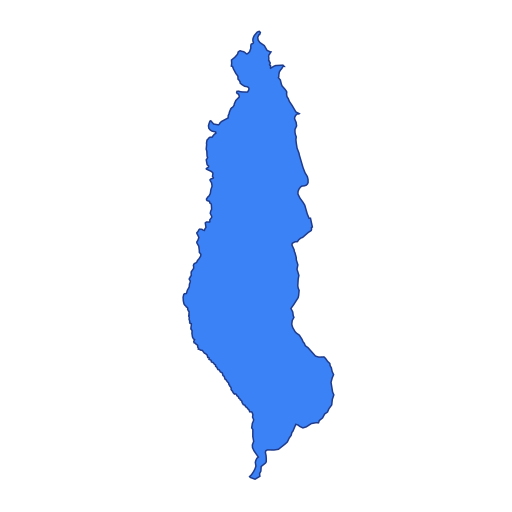 Mjanyane, Quthing, Lesotho (Mercator projection), rotated 55°
{"feature_id": "5366337B93918121901392", "entity_name": "Mjanyane", "entity_type": "district", "adm_level": 2, "iso_a3": "LSO", "parent_name": "Lesotho", "parent_adm1": "Quthing", "projection": "mercator", "projection_center": [27.716, -30.528], "detail": "fine", "context": "isolated", "style": "filled", "palette": "blue", "viewbox_px": 512, "rotation_deg": 55, "n_neighbors": 0, "source": "geoboundaries", "source_scale": "gbopen_adm2", "svg_char_len": 6120}
<svg xmlns="http://www.w3.org/2000/svg" viewBox="0 0 512 512"><g transform="rotate(55 256 256)"><path d="M97.4,126.7L97.0,127.2L93.9,129.0L88.4,128.5L83.3,130.4L80.4,130.4L77.9,129.2L76.4,126.7L76.7,126.0L75.4,124.2L73.9,124.4L73.5,125.4L73.3,126.7L74.4,130.9L75.4,132.7L76.5,134.1L78.2,135.3L79.4,135.4L80.1,136.4L80.1,137.0L79.7,138.2L80.2,139.1L81.5,140.2L82.8,141.0L85.0,144.1L85.4,146.5L85.3,147.4L84.9,147.9L82.4,148.5L81.0,149.4L80.2,150.3L79.0,151.0L78.6,151.9L78.7,153.7L79.8,154.9L80.2,155.8L81.1,159.5L81.4,163.7L84.2,165.4L86.3,167.3L87.2,166.5L89.8,167.2L95.0,167.8L98.3,167.7L100.9,169.3L102.4,169.0L104.3,169.2L105.2,169.8L107.3,169.3L110.4,168.0L112.4,166.0L113.9,165.5L115.1,165.9L115.8,166.7L116.8,168.7L116.7,169.2L113.7,173.2L112.2,174.8L111.0,175.7L110.2,177.2L111.1,178.2L112.2,178.2L113.3,177.5L115.1,177.9L116.1,178.5L117.0,183.3L119.0,186.6L120.0,187.5L120.8,190.0L120.6,190.9L121.0,192.4L121.4,192.6L121.6,193.3L122.9,195.3L124.0,196.4L125.0,198.2L126.9,199.6L126.0,207.2L126.4,209.4L126.7,209.7L127.0,210.7L127.0,211.6L123.6,215.0L119.3,215.5L119.1,216.4L120.9,218.9L122.1,220.3L124.4,221.4L126.6,221.2L128.5,220.4L131.2,217.9L132.4,218.4L132.4,220.6L132.8,221.5L132.8,222.1L133.4,223.2L133.5,224.1L132.9,224.5L132.2,226.0L132.4,227.6L132.8,228.4L132.9,229.6L135.1,231.8L136.4,232.5L139.9,235.5L142.0,236.2L146.1,238.8L147.5,239.1L148.3,240.3L148.5,241.4L148.9,241.7L153.2,243.7L155.0,243.2L155.8,243.7L156.0,244.5L155.8,245.6L156.0,246.7L156.4,246.8L160.9,244.2L162.7,243.7L163.5,243.9L164.1,244.3L165.8,246.0L167.3,245.9L167.6,246.2L167.7,246.7L167.0,248.7L167.2,250.0L168.0,250.3L170.5,250.4L173.6,251.9L175.7,254.8L178.7,257.7L179.9,260.1L180.0,261.5L180.9,263.9L181.7,264.3L182.5,264.3L184.5,262.8L186.2,263.4L187.1,262.9L188.3,263.1L192.2,265.5L193.3,267.4L194.8,269.0L198.0,269.5L199.0,270.2L199.9,273.1L201.3,274.0L201.6,274.5L199.7,277.1L199.8,278.6L203.9,280.6L204.5,282.3L205.5,283.6L204.6,284.4L203.1,285.0L201.6,286.9L201.8,287.8L202.8,289.7L202.9,291.0L203.6,291.5L205.6,291.7L208.1,292.2L209.9,294.8L210.4,296.2L211.2,296.9L215.2,297.3L219.2,299.4L220.4,300.3L223.0,300.2L224.3,301.3L225.6,304.3L226.1,306.5L227.0,307.9L227.2,309.2L226.9,310.2L227.0,311.6L227.9,312.8L229.2,313.3L230.4,314.3L231.8,318.1L232.6,318.8L235.0,320.3L235.1,321.5L235.9,322.2L236.0,323.2L236.6,324.0L238.8,324.1L240.0,325.3L240.8,326.6L243.1,328.5L244.7,331.9L246.7,334.4L246.7,334.9L245.9,336.1L246.0,337.2L248.0,339.4L251.1,341.3L254.0,342.5L255.6,342.5L256.7,342.2L257.8,342.3L258.9,341.7L259.7,341.9L260.3,342.5L262.3,342.9L262.6,342.7L263.5,342.9L265.4,344.5L266.1,344.6L266.2,345.2L266.6,345.6L267.9,345.8L269.6,347.2L271.4,347.6L272.0,348.3L272.7,348.3L273.3,348.7L274.0,348.0L274.4,347.8L276.2,349.2L277.1,350.2L277.9,350.5L278.3,351.2L280.2,351.1L281.5,351.9L282.5,352.8L285.9,354.5L288.0,354.8L289.2,354.2L290.3,356.0L291.6,356.5L292.9,355.6L294.1,355.7L295.4,355.0L296.1,355.2L297.1,356.0L298.4,356.0L299.2,356.7L299.9,356.0L301.3,355.4L302.6,354.1L306.0,354.0L307.1,353.2L308.0,353.2L309.0,352.8L311.5,353.7L312.1,353.0L312.9,352.9L313.7,353.8L315.4,352.7L316.2,352.7L317.0,353.3L318.1,352.8L318.8,352.1L320.8,352.2L321.9,351.6L323.3,352.4L324.4,351.9L327.0,352.3L327.4,352.2L328.2,351.4L330.5,351.7L332.2,350.7L333.9,351.1L334.3,351.5L335.2,351.6L336.3,351.1L339.0,352.0L339.5,351.9L339.9,351.5L342.3,351.6L344.3,351.3L345.9,352.0L346.5,351.7L347.2,352.1L349.2,351.9L350.3,352.3L351.1,353.0L352.3,353.0L352.7,352.8L355.0,353.1L356.7,352.9L356.7,352.3L358.1,351.4L359.5,351.8L360.9,351.2L362.7,351.6L363.5,351.1L364.9,351.4L365.6,351.0L366.9,350.9L368.1,351.5L369.5,351.5L370.3,351.7L372.1,350.6L373.4,351.0L375.0,350.3L376.4,350.4L377.8,350.0L380.1,350.5L381.2,349.0L381.9,348.9L384.3,349.6L385.9,351.2L388.7,351.8L389.7,352.8L391.0,355.0L394.3,358.1L396.3,358.1L402.1,362.2L406.5,364.2L408.7,367.4L411.0,368.8L414.5,369.4L422.1,369.4L422.2,371.3L423.3,373.3L424.6,374.9L428.1,376.6L429.9,379.1L431.3,381.8L432.6,385.2L433.0,387.8L434.1,387.7L438.3,384.8L438.7,379.2L436.3,377.9L435.0,375.4L431.4,372.5L431.0,366.8L430.4,365.6L427.9,363.8L425.2,362.2L422.3,361.0L421.1,359.6L421.4,357.8L425.2,352.6L427.2,348.5L426.7,339.8L426.3,337.0L424.1,333.1L423.1,330.1L421.1,327.8L420.7,326.3L416.7,319.9L418.6,318.5L420.7,317.9L423.7,316.2L424.8,312.8L425.0,306.8L427.0,302.4L428.5,300.5L427.1,298.5L426.8,294.3L424.8,290.4L424.8,286.9L422.9,283.8L421.4,279.4L417.2,275.7L414.4,271.9L411.4,271.3L402.5,267.0L399.5,263.4L397.7,260.5L394.3,259.9L390.8,258.4L388.4,258.2L386.4,257.2L383.4,257.8L379.7,257.8L377.7,258.2L374.9,262.5L372.1,264.7L360.9,266.0L357.8,267.1L355.2,266.5L353.5,266.7L350.6,266.1L345.7,265.9L342.4,267.1L340.3,267.4L335.8,267.0L333.2,266.2L332.1,265.6L329.6,263.3L328.0,260.1L326.4,259.8L322.9,258.0L319.0,257.5L317.4,252.9L314.3,245.4L312.9,243.8L308.9,240.4L306.6,239.9L304.4,238.9L299.0,234.6L296.5,232.0L290.3,230.0L287.3,226.8L282.3,225.2L280.3,223.9L275.6,222.2L274.3,222.0L272.7,221.2L267.7,220.3L266.4,219.0L266.7,216.0L268.0,213.8L267.2,211.7L267.0,209.1L267.5,207.1L266.7,199.8L266.8,196.2L266.0,195.2L264.6,194.3L264.6,193.2L256.3,189.7L255.6,190.9L251.0,189.9L242.3,186.9L238.8,186.7L233.8,186.8L229.3,186.1L227.3,184.6L225.9,182.5L225.1,180.3L225.0,178.5L226.3,176.0L226.8,174.2L226.5,172.5L225.7,171.2L223.2,169.5L220.4,168.4L215.9,168.1L210.6,166.8L198.2,162.6L196.4,161.8L191.2,160.5L186.5,158.2L183.6,156.6L181.5,154.7L179.2,154.1L177.0,153.1L174.7,151.5L172.7,148.1L169.6,146.5L165.7,145.7L164.4,144.5L163.5,142.7L163.3,140.5L164.2,139.5L164.2,138.9L160.9,140.7L153.5,140.1L148.5,140.0L145.6,139.3L143.1,139.2L140.4,137.8L140.1,137.3L138.9,136.6L136.2,136.6L131.7,137.1L129.9,136.7L125.8,135.1L122.8,135.4L122.2,134.5L120.7,133.4L118.6,131.3L117.6,128.9L117.2,127.1L116.8,126.7L116.5,125.9L116.3,124.9L116.8,124.2L115.3,124.4L114.9,124.8L111.2,130.8L110.8,132.6L110.6,135.9L110.5,136.4L110.2,136.3L108.7,135.0L108.1,134.9L107.6,135.3L107.1,135.1L106.7,134.9L106.5,134.1L105.6,133.5L104.9,133.7L104.0,133.2L103.3,133.6L101.3,132.0L99.6,131.1L98.5,129.8L98.5,129.2L97.8,128.1L97.9,127.7L97.4,126.7Z" fill="#3b82f6" stroke="#1e3a8a" stroke-width="1.5"/></g></svg>